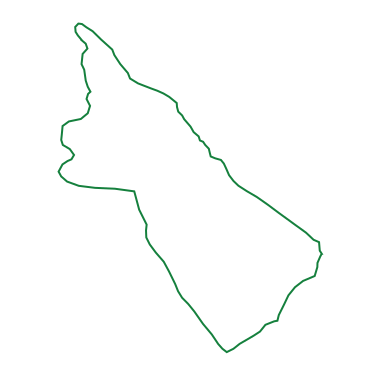 Malung-Sälen, Dalarna, Sweden, rotated 186°
{"feature_id": "70781695B21384318328317", "entity_name": "Malung-Sälen", "entity_type": "district", "adm_level": 2, "iso_a3": "SWE", "parent_name": "Sweden", "parent_adm1": "Dalarna", "projection": "equal_earth", "projection_center": [13.492, 60.851], "detail": "fine", "context": "isolated", "style": "outline", "palette": "green", "viewbox_px": 384, "rotation_deg": 186, "n_neighbors": 0, "source": "geoboundaries", "source_scale": "gbopen_adm2", "svg_char_len": 1592}
<svg xmlns="http://www.w3.org/2000/svg" viewBox="0 0 384 384"><g transform="rotate(186 192 192)"><path d="M317.6,331.4L313.2,328.4L311.0,323.7L315.2,317.9L315.2,307.6L312.0,302.4L309.3,291.6L306.7,285.8L303.5,281.1L305.6,278.7L306.6,273.5L302.4,267.0L303.9,259.4L310.2,253.0L321.8,249.3L327.6,244.1L327.5,235.9L327.5,231.0L327.5,230.1L325.4,225.3L318.0,221.9L313.2,216.5L315.3,211.9L319.0,209.8L323.7,205.9L326.8,198.3L323.7,193.8L317.3,189.3L305.2,186.3L288.9,186.0L269.0,187.2L249.5,186.6L242.7,168.9L233.7,154.8L233.7,148.8L233.6,148.2L232.7,142.0L228.5,135.4L221.7,128.0L212.8,119.7L206.5,110.5L199.1,98.7L195.5,91.9L190.8,85.8L184.0,80.2L177.2,73.4L167.3,62.0L157.4,52.4L150.1,43.6L145.4,39.3L140.7,36.4L134.4,40.4L128.7,46.0L115.6,55.6L109.8,60.3L105.1,67.6L96.7,72.0L93.6,72.9L92.8,78.7L88.7,89.7L85.3,99.3L79.6,108.1L72.2,115.2L61.2,121.3L59.5,130.4L59.8,134.6L57.8,141.0L56.7,143.9L56.4,144.0L58.8,147.0L60.4,155.4L66.1,157.2L74.4,163.5L86.1,170.2L103.2,180.1L115.3,187.3L127.0,193.8L137.4,198.5L146.5,203.1L151.9,207.3L156.9,212.6L160.3,218.6L163.3,223.6L166.6,226.9L172.4,227.9L177.1,229.3L178.4,232.8L179.8,236.8L183.8,240.2L186.2,243.1L189.5,244.1L191.2,248.0L196.6,251.7L200.3,256.9L207.4,263.6L209.8,267.1L214.1,270.5L215.8,275.0L216.5,278.9L224.6,284.2L230.7,287.0L237.1,289.1L243.5,290.7L248.3,292.0L251.3,292.8L257.1,294.4L265.5,298.4L268.2,303.6L276.7,311.7L283.5,320.0L286.2,325.3L298.3,334.1L307.6,341.5L314.3,344.8L318.9,347.5L320.6,347.6L322.6,347.6L325.4,343.9L324.5,339.1L321.9,335.8L317.5,331.5L317.6,331.4Z" fill="none" stroke="#15803d" stroke-width="2"/></g></svg>